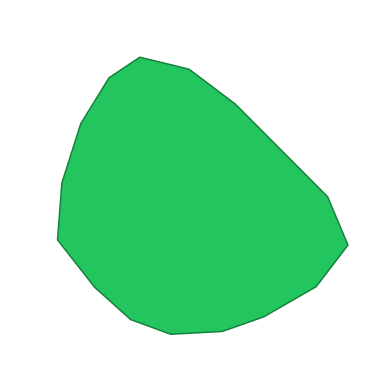 outline of Mangaia, rotated 348°
{"feature_id": "COK-4952", "entity_name": "Mangaia", "entity_type": "state/province", "adm_level": 1, "iso_a3": "COK", "parent_name": "Cook Islands", "parent_adm1": "", "projection": "equal_earth", "projection_center": [-157.932, -21.908], "detail": "fine", "context": "isolated", "style": "filled", "palette": "green", "viewbox_px": 384, "rotation_deg": 348, "n_neighbors": 0, "source": "natural_earth", "source_scale": "10m", "svg_char_len": 355}
<svg xmlns="http://www.w3.org/2000/svg" viewBox="0 0 384 384"><g transform="rotate(348 192 192)"><path d="M168.9,49.3L214.7,71.3L252.8,115.2L323.7,224.9L333.5,276.4L293.8,310.4L236.3,329.0L192.6,334.7L141.5,326.7L105.4,304.0L77.0,265.0L50.5,210.9L66.6,156.1L97.5,101.9L134.6,63.0L168.9,49.3Z" fill="#22c55e" stroke="#15803d" stroke-width="1.5"/></g></svg>